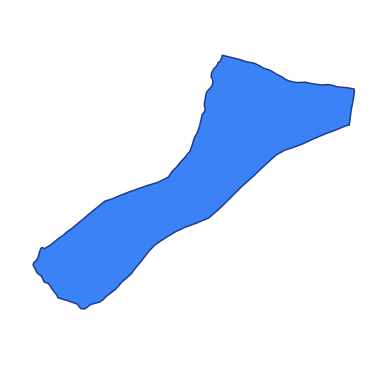 Storuman, Västerbotten, Sweden, rotated 104°
{"feature_id": "70781695B25837784643259", "entity_name": "Storuman", "entity_type": "district", "adm_level": 2, "iso_a3": "SWE", "parent_name": "Sweden", "parent_adm1": "Västerbotten", "projection": "mercator", "projection_center": [16.034, 65.448], "detail": "fine", "context": "isolated", "style": "filled", "palette": "blue", "viewbox_px": 384, "rotation_deg": 104, "n_neighbors": 0, "source": "geoboundaries", "source_scale": "gbopen_adm2", "svg_char_len": 1874}
<svg xmlns="http://www.w3.org/2000/svg" viewBox="0 0 384 384"><g transform="rotate(104 192 192)"><path d="M89.0,55.6L80.3,56.6L73.7,57.4L68.3,57.6L61.8,58.0L55.0,58.8L52.9,59.6L53.1,64.3L53.5,68.2L54.0,70.9L54.9,77.2L54.5,80.7L54.8,85.9L56.8,92.0L57.8,100.5L58.1,108.8L59.1,112.1L60.5,117.0L60.8,120.8L60.7,125.7L59.7,129.8L58.8,131.5L57.9,135.4L57.2,138.8L56.3,141.4L55.0,145.8L54.5,152.8L53.4,156.0L52.7,159.4L52.0,162.4L52.5,172.2L51.9,176.2L52.0,195.6L55.2,195.7L58.6,196.5L60.4,198.1L62.2,198.1L64.5,199.0L67.9,201.0L72.1,201.8L75.8,201.2L77.6,199.4L80.2,198.3L84.0,198.3L87.5,199.8L89.9,201.2L91.5,202.0L95.8,202.0L100.0,201.6L103.9,201.4L106.5,200.2L108.9,199.0L111.9,199.6L114.0,200.8L126.3,200.6L133.4,201.2L138.4,202.8L146.5,203.2L152.9,203.8L156.8,205.8L161.2,207.8L164.7,209.9L172.1,213.3L176.8,216.3L182.9,218.4L186.7,222.4L191.7,228.7L195.4,235.1L201.0,243.8L207.5,253.5L213.8,262.4L218.6,268.7L221.8,274.1L225.9,277.3L230.1,280.4L236.0,285.0L243.3,290.1L249.5,294.7L256.0,299.4L260.8,303.6L265.7,306.9L268.3,309.5L273.2,313.1L277.0,315.9L281.5,320.2L282.5,321.4L282.1,323.8L283.1,325.0L286.1,325.4L292.8,325.6L296.4,326.6L298.6,328.4L299.2,328.4L301.6,328.4L304.6,325.5L308.0,322.7L310.2,317.6L312.5,315.7L315.1,313.8L315.6,309.0L319.8,304.6L322.3,301.4L325.0,298.0L327.0,296.7L327.3,293.3L327.5,287.1L328.2,279.5L328.7,275.7L331.0,273.4L332.1,271.3L331.3,267.6L329.6,266.2L325.6,263.1L323.3,258.8L320.9,254.8L318.3,252.4L314.0,249.9L304.4,242.3L296.6,238.5L286.5,231.4L279.4,228.4L272.9,225.2L267.2,222.7L259.9,219.5L252.2,215.1L243.8,207.5L235.4,199.3L228.0,190.4L224.5,185.2L221.0,180.0L216.9,174.6L213.4,169.7L202.2,161.8L193.5,156.4L174.8,145.2L161.9,136.4L150.9,129.5L143.6,124.6L135.9,119.5L129.0,112.2L125.1,105.8L118.5,96.2L112.4,88.7L103.7,77.3L98.2,69.1L93.8,63.2L90.0,57.8L89.0,55.6Z" fill="#3b82f6" stroke="#1e3a8a" stroke-width="1.5"/></g></svg>